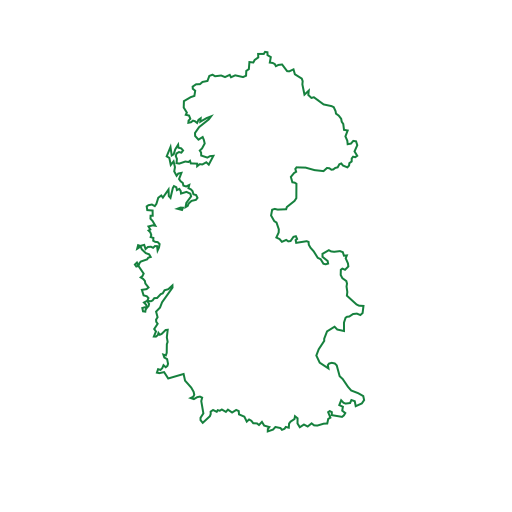 outline of Cambará do Sul, Rio Grande do Sul, Brazil, rotated 154°
{"feature_id": "56859067B78866840167821", "entity_name": "Cambará do Sul", "entity_type": "district", "adm_level": 2, "iso_a3": "BRA", "parent_name": "Brazil", "parent_adm1": "Rio Grande do Sul", "projection": "natural_earth1", "projection_center": [-50.124, -29.059], "detail": "fine", "context": "isolated", "style": "outline", "palette": "green", "viewbox_px": 512, "rotation_deg": 154, "n_neighbors": 0, "source": "geoboundaries", "source_scale": "gbopen_adm2", "svg_char_len": 6122}
<svg xmlns="http://www.w3.org/2000/svg" viewBox="0 0 512 512"><g transform="rotate(154 256 256)"><path d="M374.4,175.1L371.9,166.1L371.6,161.3L372.3,158.4L374.1,157.0L377.0,157.0L374.6,154.6L370.7,154.9L368.0,154.2L366.5,152.3L368.8,149.6L372.3,137.6L376.8,134.9L377.8,132.8L377.0,129.4L367.7,132.2L366.0,133.8L365.0,136.0L362.1,136.4L359.6,133.2L358.0,134.2L356.4,132.8L354.0,133.0L351.4,129.1L348.6,130.2L346.1,125.8L341.3,126.3L339.5,124.2L340.7,121.1L336.9,116.7L336.9,111.2L333.9,112.1L332.4,109.9L331.8,106.9L328.5,105.1L327.4,102.8L323.4,104.3L323.0,100.0L319.0,96.4L321.2,95.3L322.3,93.2L316.8,92.5L313.5,93.8L309.4,90.6L308.9,88.4L306.1,88.2L304.2,89.3L301.8,87.3L299.7,90.9L297.5,92.0L292.9,92.6L291.2,94.9L289.8,91.9L292.1,87.3L291.7,82.9L286.8,83.5L284.3,80.1L279.4,81.2L278.0,78.3L275.2,76.7L268.6,75.6L265.4,74.2L262.5,77.9L260.0,78.1L259.6,84.0L257.7,84.3L256.3,82.4L257.7,79.8L249.2,73.7L246.9,74.2L244.6,75.7L246.3,79.2L244.0,82.4L246.5,85.5L242.7,89.0L241.7,85.7L240.2,84.1L235.9,82.6L233.4,84.7L230.9,82.2L232.2,77.3L225.5,77.1L222.0,79.1L221.0,83.1L224.3,87.9L229.4,93.4L230.7,98.2L232.0,107.4L233.5,111.3L231.4,122.3L232.3,124.9L234.8,126.8L237.5,127.3L239.3,126.4L240.2,123.2L245.5,132.2L245.4,140.1L240.5,144.7L231.9,149.8L231.0,151.7L225.2,157.1L216.4,158.0L215.2,154.3L209.8,150.0L206.1,157.6L202.6,161.2L200.9,161.5L198.7,160.7L194.2,161.3L190.6,160.0L188.1,157.2L185.2,158.0L181.3,164.0L185.2,166.2L186.9,168.4L191.7,180.5L189.7,183.6L188.0,188.9L186.3,191.3L185.8,193.9L188.1,198.2L188.2,201.8L185.8,206.4L183.9,206.8L182.0,204.6L177.6,206.1L176.6,209.0L176.4,214.6L174.1,216.7L176.8,217.7L176.3,221.4L178.4,223.6L183.9,225.5L186.5,227.2L188.0,229.3L195.3,228.8L196.6,226.1L193.8,220.1L194.5,217.6L197.0,218.0L198.8,219.5L199.3,224.8L201.3,227.3L202.1,234.9L203.4,239.6L203.6,243.0L202.6,245.6L204.0,247.1L214.1,250.2L213.4,252.9L211.6,253.3L211.5,256.3L213.9,256.8L218.4,254.3L220.6,255.0L221.8,257.2L226.5,257.4L227.4,260.9L229.6,263.7L225.3,267.2L223.8,270.0L222.9,277.1L224.3,279.3L224.7,285.8L221.2,290.5L218.5,290.1L216.2,288.2L208.4,284.8L206.8,286.5L197.3,288.6L194.4,290.3L188.0,303.2L189.1,305.0L191.0,306.3L190.0,311.8L185.4,313.9L183.0,314.1L182.5,317.0L180.7,317.9L172.7,313.7L165.7,307.5L158.1,302.7L153.6,304.0L151.6,302.7L150.4,300.5L148.6,299.9L146.2,300.4L143.7,299.9L140.9,301.9L138.8,301.8L138.2,299.2L135.0,295.6L132.7,296.5L131.4,298.5L128.6,299.0L127.2,301.7L125.2,302.7L123.5,301.3L121.1,301.7L121.6,306.8L116.4,311.2L115.8,315.2L118.1,316.8L121.4,315.4L124.6,316.3L123.4,319.6L123.2,324.3L118.6,328.6L121.6,330.8L119.7,336.4L120.1,339.1L119.3,342.0L120.1,345.9L121.7,348.9L121.0,351.3L120.9,355.7L122.4,357.6L128.8,362.6L134.4,373.3L136.9,373.8L138.4,377.8L136.1,381.5L141.7,379.8L139.1,389.9L137.4,392.7L137.1,395.4L141.4,402.3L140.5,407.3L145.2,407.4L147.0,408.5L148.6,416.7L152.1,417.9L154.9,417.9L155.0,420.3L156.4,422.2L158.8,423.8L155.5,428.3L157.6,431.5L156.4,434.1L158.4,435.5L160.4,434.2L165.5,436.7L166.9,433.5L171.2,432.8L173.6,431.1L176.9,433.2L180.5,427.1L183.6,426.6L185.9,422.4L189.2,422.5L195.5,427.5L200.1,427.6L200.2,430.3L205.4,430.4L208.2,433.5L214.0,435.5L215.6,438.0L219.0,438.3L222.9,434.6L227.8,435.9L231.0,435.0L234.6,436.6L238.7,436.0L239.5,434.0L238.2,431.2L241.2,426.9L245.0,427.4L252.9,426.8L255.9,421.1L255.3,415.2L257.2,413.7L254.6,411.6L254.9,408.1L257.2,407.3L258.4,405.4L255.7,404.7L253.3,405.3L251.8,403.9L250.6,401.4L248.0,403.6L245.4,404.0L247.2,401.1L240.0,401.6L235.2,401.2L238.5,399.5L250.6,396.8L256.9,393.3L258.1,390.5L256.7,385.8L251.8,386.3L252.0,383.1L252.8,379.6L257.4,376.3L260.3,375.4L260.0,373.1L261.2,370.3L256.6,365.8L253.6,365.9L250.4,364.7L258.4,358.8L259.6,362.0L264.1,361.8L266.3,363.2L269.5,362.5L268.4,364.8L274.0,367.8L273.6,370.5L275.5,370.1L278.1,371.9L284.5,372.7L286.7,374.3L284.5,378.0L284.3,381.0L282.5,383.0L279.7,383.2L277.8,381.6L275.3,382.8L276.0,385.5L278.2,387.3L277.2,390.2L281.9,387.2L285.4,383.5L287.7,383.3L285.1,391.4L292.6,384.7L290.9,382.2L292.7,375.2L288.6,377.2L289.9,371.4L292.4,367.9L292.2,362.9L289.7,364.2L286.6,363.4L291.4,358.9L291.0,356.2L289.8,353.8L290.4,351.1L288.3,349.1L284.9,349.1L287.0,346.6L285.3,344.4L284.6,342.1L285.2,338.9L283.1,337.0L283.1,333.9L285.4,332.8L289.8,333.8L293.5,332.7L295.4,331.0L297.9,330.8L295.3,334.3L288.2,338.0L287.7,340.8L290.4,344.1L296.0,345.0L295.2,347.4L295.5,349.9L298.2,349.9L297.5,352.7L299.1,354.8L300.9,353.6L307.4,345.7L308.1,348.1L305.5,354.1L314.1,349.3L314.6,351.9L318.3,351.2L322.7,346.5L325.1,345.2L327.0,347.9L330.4,348.8L332.5,348.5L333.6,344.9L329.0,342.2L331.2,337.5L333.1,338.4L334.5,335.8L333.6,332.8L333.2,327.3L335.3,328.8L339.7,329.7L339.4,326.1L341.4,326.0L340.6,323.6L340.9,320.8L342.4,319.2L340.3,317.2L341.7,314.8L340.4,312.9L338.3,311.6L337.4,309.0L339.5,306.1L342.0,304.1L340.6,308.2L342.5,309.2L344.9,308.5L346.4,310.4L349.2,311.5L352.2,310.7L351.6,315.0L355.6,315.8L355.7,312.0L353.8,306.9L351.3,304.3L351.1,301.3L353.6,301.7L355.3,300.7L361.9,301.5L363.7,300.8L366.0,298.6L364.7,289.4L366.9,287.7L369.0,287.3L367.5,284.9L366.8,282.3L367.5,279.8L366.4,274.8L368.9,274.2L373.4,275.6L374.3,269.9L371.8,267.7L371.1,265.3L373.4,263.4L370.3,261.4L368.4,261.4L365.9,262.7L363.3,261.6L358.3,263.5L356.2,263.3L353.2,265.3L349.4,264.6L344.0,266.2L344.9,264.2L360.7,255.6L364.9,251.7L370.2,249.8L371.3,244.1L373.7,242.6L374.5,240.6L374.1,238.2L379.5,235.0L379.0,232.0L383.1,228.4L381.3,227.4L378.8,228.0L377.4,229.6L377.0,227.4L375.0,227.3L369.7,229.1L367.7,228.4L371.8,222.0L373.1,217.5L374.8,215.8L378.7,208.1L380.6,206.2L382.5,208.0L382.9,204.9L381.1,202.3L382.3,197.7L383.8,196.1L385.9,195.6L387.0,198.4L389.4,196.3L391.8,195.5L393.6,197.2L396.2,194.6L394.3,193.1L389.5,191.9L388.6,184.4L372.8,181.7L374.4,175.1ZM302.3,329.8L305.9,332.9L302.6,332.6L300.5,331.4L302.3,329.8ZM376.9,257.2L374.4,258.2L373.1,259.8L373.4,263.4L377.1,263.3L376.1,260.3L376.9,257.2ZM376.9,257.2L378.6,258.7L381.0,259.1L381.8,255.8L379.9,254.5L378.8,256.1L376.9,257.2ZM366.0,298.6L365.9,302.3L368.6,301.4L368.2,299.0L366.0,298.6ZM355.6,315.8L357.2,317.4L359.6,314.6L357.6,314.8L355.6,315.8Z" fill="none" stroke="#15803d" stroke-width="2"/></g></svg>